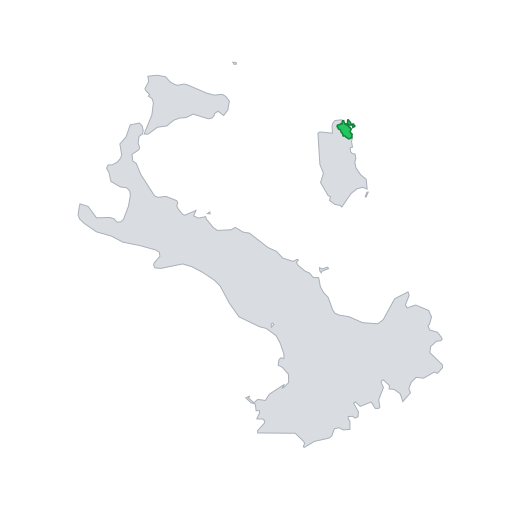 where Carbonia-Iglesias sits in Italy, rotated 169°
{"feature_id": "ITA-5371", "entity_name": "Carbonia-Iglesias", "entity_type": "Province", "adm_level": 1, "iso_a3": "ITA", "parent_name": "Italy", "parent_adm1": "", "projection": "mercator", "projection_center": [8.512, 39.219], "detail": "fine", "context": "in_parent", "style": "filled", "palette": "green", "viewbox_px": 512, "rotation_deg": 169, "n_neighbors": 0, "source": "natural_earth", "source_scale": "10m", "svg_char_len": 5570}
<svg xmlns="http://www.w3.org/2000/svg" viewBox="0 0 512 512"><g transform="rotate(169 256 256)"><path d="M100.3,106.2L103.3,108.0L114.8,104.1L121.9,106.3L127.6,102.5L131.3,96.7L130.5,92.2L139.7,85.0L140.7,93.2L145.9,98.7L150.8,100.1L149.7,103.3L154.6,110.1L156.6,109.4L157.3,108.2L156.0,102.6L163.0,91.5L163.3,83.9L164.5,83.0L168.0,83.6L170.8,90.7L182.4,88.5L186.3,93.9L188.2,92.9L185.2,83.5L186.5,78.8L189.6,77.9L191.7,80.2L196.2,80.8L196.4,78.0L195.3,76.1L196.8,67.9L203.5,68.6L207.4,71.6L212.0,71.5L216.0,64.9L219.1,63.3L234.0,62.9L245.1,58.9L246.0,59.8L244.0,62.9L244.7,65.0L251.3,74.5L288.2,82.0L287.6,84.4L279.7,90.3L279.1,92.6L280.3,94.6L286.3,96.0L282.2,101.6L282.2,103.7L285.4,104.0L284.9,110.8L288.8,112.8L293.1,118.7L288.7,119.8L290.5,118.2L286.1,112.4L281.6,114.9L274.3,112.4L269.3,117.8L252.5,124.6L255.4,121.5L254.2,121.5L248.1,125.5L246.7,133.7L251.4,141.7L255.1,144.6L253.4,149.5L251.2,151.3L248.2,150.0L247.3,154.3L248.9,165.9L251.5,174.0L259.8,183.0L265.9,185.8L284.3,199.5L291.1,214.6L296.9,233.4L301.7,240.4L311.8,250.4L321.0,257.7L329.5,262.2L351.8,262.0L357.5,263.6L358.2,266.7L357.1,268.8L350.4,274.0L350.1,278.1L353.2,281.0L368.4,288.6L383.9,294.9L394.3,303.2L407.9,310.1L418.3,320.6L422.1,326.1L422.8,330.4L420.2,337.8L418.8,340.8L411.3,336.6L405.3,323.9L392.1,321.7L388.2,319.5L386.0,315.7L381.9,315.3L379.0,317.4L371.7,329.2L367.8,339.4L367.5,343.5L369.7,347.5L376.0,349.7L384.2,356.9L384.4,365.8L385.9,370.8L383.8,373.6L379.6,372.9L374.1,374.7L370.2,377.9L368.6,381.0L368.2,392.0L360.8,397.7L354.5,408.7L345.1,408.8L342.9,405.4L342.8,400.4L344.4,397.3L347.9,395.8L350.2,389.3L349.5,384.6L350.8,382.6L358.4,379.4L358.8,372.8L355.9,369.8L353.5,357.9L344.2,334.6L341.2,332.3L333.0,331.7L323.3,325.5L322.7,322.9L324.3,320.3L323.3,317.0L320.2,311.0L318.1,309.6L306.2,312.2L309.6,307.3L305.3,304.2L297.8,304.2L297.9,302.1L292.7,292.4L289.1,288.5L275.4,286.5L271.0,288.1L264.2,282.0L258.1,279.7L242.5,261.9L234.9,256.6L230.1,248.8L220.5,243.6L216.2,244.9L215.1,243.9L217.4,242.3L216.9,239.3L210.5,231.6L206.7,229.1L204.0,224.0L198.6,222.8L198.7,213.7L196.7,207.2L193.1,201.7L191.0,188.5L189.4,184.8L185.4,182.0L176.5,178.8L164.1,170.2L149.4,166.2L143.3,169.2L128.0,187.6L113.6,191.8L113.2,188.0L118.7,179.5L117.6,176.3L108.6,177.4L96.9,169.6L95.3,162.7L98.6,156.1L100.6,154.6L99.5,150.2L92.3,146.4L89.4,140.6L89.2,138.6L91.0,137.6L95.3,137.9L101.9,133.7L103.8,128.1L93.8,113.6L94.2,110.7L100.3,106.2ZM254.0,186.6L254.5,183.2L251.5,185.3L252.3,186.9L254.0,186.6ZM342.6,397.1L331.3,414.3L327.5,425.9L328.0,430.3L331.2,433.5L329.6,434.7L333.0,440.2L333.0,441.6L328.0,447.8L327.9,453.1L318.4,452.3L310.7,449.2L306.9,443.1L303.9,440.5L300.6,438.5L293.9,438.6L291.0,437.3L273.2,425.2L266.3,421.9L258.3,421.1L255.2,418.4L252.6,413.1L255.7,404.8L261.0,400.1L265.7,405.4L269.8,403.6L270.1,402.0L273.0,399.8L276.7,399.8L290.7,407.3L298.0,405.2L304.7,406.0L310.8,405.0L318.8,400.7L328.1,401.2L338.8,396.2L342.6,397.1ZM173.7,301.6L178.6,315.8L174.0,324.4L175.8,333.6L171.8,364.7L169.6,365.6L157.5,362.0L156.6,369.1L155.0,372.0L152.6,373.9L146.1,373.4L139.6,363.2L139.0,353.2L140.4,350.2L140.5,344.4L143.0,344.1L143.2,340.1L141.8,338.0L139.3,337.3L139.3,332.9L141.1,329.4L141.1,323.5L137.8,315.8L133.2,310.2L134.1,300.5L138.0,303.0L143.9,302.8L150.9,299.1L162.4,287.7L163.9,289.7L168.8,291.6L173.3,296.6L171.5,299.8L173.7,301.6ZM195.2,227.0L196.2,229.3L195.9,232.5L193.5,230.7L187.8,231.4L187.2,229.8L194.2,228.4L195.2,227.0ZM141.3,368.3L139.7,371.8L137.9,367.1L138.1,366.5L141.3,368.3ZM137.5,293.5L134.9,297.5L133.6,297.3L136.8,292.7L137.5,293.5ZM241.8,450.6L238.7,449.8L238.5,448.1L241.0,448.4L241.8,450.6ZM295.5,306.9L292.9,308.1L293.0,306.1L295.5,306.9Z" fill="#d9dde1" stroke="#a8b0b8" stroke-width="1"/><path d="M145.0,372.3L144.8,372.0L144.1,372.1L143.9,370.2L143.6,368.6L143.3,368.6L143.1,368.8L142.5,368.5L142.0,368.4L142.1,368.2L142.4,367.7L142.0,367.4L141.4,367.8L141.4,367.7L141.3,367.4L141.1,366.8L140.9,366.4L140.6,366.2L140.3,366.4L140.1,366.0L140.2,365.2L140.1,364.7L139.9,364.4L139.6,364.3L139.4,364.3L139.5,364.7L139.3,364.6L139.2,364.4L139.1,364.1L139.1,363.8L139.0,363.4L138.9,363.3L138.7,363.3L138.5,363.2L138.3,362.7L138.3,362.3L138.4,362.1L139.8,360.4L140.0,359.8L139.5,359.0L139.6,358.4L138.6,357.6L138.3,357.0L138.5,356.6L138.9,356.0L139.1,355.7L139.2,355.2L139.2,354.9L139.0,354.5L139.2,354.3L139.5,353.8L139.6,353.7L139.9,353.7L140.6,353.8L140.9,353.7L141.6,353.2L141.9,353.2L142.7,353.3L142.9,353.4L143.4,354.2L144.8,355.2L145.1,355.6L145.6,356.5L145.9,356.8L146.3,357.0L147.5,357.1L147.7,357.4L147.7,357.7L147.5,358.3L147.5,358.6L147.6,358.8L147.8,359.2L148.0,360.1L148.1,360.4L148.2,360.5L148.5,360.7L148.6,360.8L148.7,361.0L149.1,363.2L149.3,363.9L149.7,364.3L150.6,364.7L150.8,364.9L151.0,365.3L151.0,365.5L150.9,365.8L150.9,366.2L151.1,366.7L151.5,367.1L151.7,367.5L151.5,368.3L151.2,368.8L150.7,369.0L148.8,368.9L148.6,369.1L148.3,369.3L147.7,369.6L147.4,369.7L147.2,369.6L146.8,369.2L146.6,369.1L146.3,369.4L146.0,370.7L145.2,372.2L145.0,372.3ZM140.6,368.0L140.8,368.3L141.0,368.3L141.2,368.2L141.3,368.1L140.9,368.7L140.7,368.9L140.9,369.2L140.6,369.7L140.4,370.9L140.1,371.9L140.0,372.0L139.7,372.1L139.3,372.1L139.2,371.9L139.2,371.6L139.1,371.4L138.1,369.6L137.6,368.5L137.8,367.7L137.8,367.4L137.6,367.4L137.6,367.2L138.0,366.4L138.7,366.9L139.6,366.8L140.3,367.0L140.6,368.0ZM136.4,363.7L136.4,364.9L136.6,366.3L136.4,366.9L136.0,367.1L135.4,367.1L135.0,366.8L135.1,366.4L135.1,366.2L134.4,365.5L134.1,365.0L134.3,364.4L134.7,364.1L136.0,363.9L136.4,363.7Z" fill="#22c55e" stroke="#15803d" stroke-width="1.5"/></g></svg>